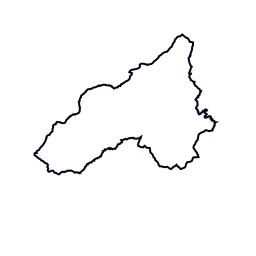 Mera, Vrancea, Romania, rotated 244°
{"feature_id": "2599482B23865808249816", "entity_name": "Mera", "entity_type": "district", "adm_level": 2, "iso_a3": "ROU", "parent_name": "Romania", "parent_adm1": "Vrancea", "projection": "orthographic", "projection_center": [26.934, 45.784], "detail": "fine", "context": "isolated", "style": "outline", "palette": "ink", "viewbox_px": 256, "rotation_deg": 244, "n_neighbors": 0, "source": "geoboundaries", "source_scale": "gbopen_adm2", "svg_char_len": 5920}
<svg xmlns="http://www.w3.org/2000/svg" viewBox="0 0 256 256"><g transform="rotate(244 128 128)"><path d="M187.7,214.3L188.1,213.6L188.2,212.5L187.3,210.4L187.0,209.3L186.7,208.8L185.3,207.8L184.7,206.2L181.8,202.7L181.7,201.4L179.4,196.6L179.9,195.8L180.0,192.9L179.8,191.4L179.2,189.7L179.0,187.4L178.1,186.5L176.8,182.8L176.5,180.7L175.5,178.5L175.4,176.7L176.1,174.2L176.1,173.1L177.0,172.7L177.3,171.9L178.8,170.4L179.9,168.2L180.1,167.5L179.6,166.1L178.0,165.9L177.5,164.9L177.4,164.4L177.1,164.0L177.4,161.6L178.7,156.5L178.4,155.0L177.7,153.7L176.4,154.6L175.7,155.6L175.3,155.5L174.1,154.4L173.8,152.8L171.3,150.7L170.7,148.4L170.8,145.8L170.2,143.9L170.5,143.2L170.1,142.3L170.4,141.3L169.9,140.8L169.7,140.0L169.3,139.9L169.1,139.5L169.6,139.0L169.8,138.5L169.7,137.5L169.0,136.7L169.5,135.5L169.6,132.7L171.1,132.2L172.3,131.8L172.4,131.4L173.1,131.4L173.7,130.9L174.0,130.2L174.5,129.9L174.7,129.2L175.1,128.9L175.3,128.3L176.1,127.3L176.2,126.8L177.4,125.7L177.7,124.7L178.0,122.4L178.3,122.0L178.0,121.6L178.4,121.1L178.4,120.6L179.0,120.3L178.7,118.8L178.9,118.3L178.9,117.0L179.5,114.1L179.4,113.1L179.2,112.5L179.2,111.9L179.9,111.0L180.0,109.9L180.4,108.5L180.2,108.0L179.7,107.3L179.6,106.5L179.1,106.1L179.1,105.5L178.8,105.2L178.7,104.5L178.2,103.9L178.3,102.5L177.8,101.4L177.7,100.3L176.9,99.5L176.3,99.3L176.0,98.4L175.3,97.8L174.4,96.7L173.4,96.3L173.4,95.8L172.9,95.1L171.2,94.8L169.3,93.9L168.3,94.1L167.7,93.7L166.8,93.5L165.4,92.4L164.5,92.2L163.3,90.6L163.1,88.6L163.3,87.5L163.2,86.7L163.4,85.9L163.9,85.9L164.3,84.6L164.0,84.1L164.2,83.0L163.7,81.5L164.0,81.0L163.2,80.0L163.4,79.1L162.7,78.0L162.5,76.8L162.0,75.9L160.5,74.0L160.3,73.3L160.6,72.1L161.7,70.3L163.0,69.6L163.7,68.0L164.6,66.9L164.1,66.1L164.0,65.4L163.1,64.9L163.1,63.7L163.5,62.8L162.7,61.3L161.1,61.0L160.4,59.9L158.1,58.6L157.4,56.1L156.2,54.4L156.5,53.4L156.5,51.9L155.5,50.7L154.8,50.5L154.6,49.8L153.7,49.4L151.6,46.8L149.6,43.3L149.1,41.5L148.6,40.2L147.4,38.8L147.2,37.9L147.4,37.1L147.0,35.7L146.7,35.3L145.5,35.1L146.2,33.7L146.2,32.9L144.8,32.1L139.5,34.6L138.6,35.4L136.5,36.0L135.9,37.0L132.9,38.1L132.2,38.6L131.8,39.4L130.9,39.8L129.6,39.8L128.5,38.4L126.8,38.7L124.9,37.2L123.6,37.5L123.2,37.9L123.2,40.4L122.3,42.1L121.2,42.0L119.8,42.6L119.6,43.1L117.6,44.8L116.9,45.1L116.6,45.8L117.5,49.0L117.3,50.2L116.3,51.2L116.1,52.2L116.4,52.6L116.1,53.3L116.1,55.2L115.1,56.5L115.3,57.2L114.4,58.5L112.7,59.8L111.0,60.7L111.1,61.6L110.3,63.2L109.7,63.5L109.5,64.1L108.8,64.4L108.9,64.9L108.4,65.1L108.3,65.4L109.1,66.3L109.9,68.7L109.8,69.6L110.2,70.1L110.3,70.6L110.8,71.4L111.5,71.9L112.1,72.8L111.9,73.2L112.1,73.7L113.5,75.4L112.9,76.2L113.5,76.8L113.5,77.6L113.7,78.3L113.0,80.0L113.6,80.7L113.8,82.3L113.5,83.3L114.3,83.4L114.5,86.2L114.2,86.7L114.5,87.8L114.2,88.0L114.2,89.8L114.9,90.7L114.4,91.4L114.8,91.9L116.3,93.1L117.0,94.3L117.2,94.9L118.3,95.2L118.1,95.9L118.2,96.6L117.9,97.3L118.7,97.7L118.4,97.9L118.2,99.4L118.4,101.3L118.2,102.5L117.2,102.0L116.9,102.3L116.8,102.5L117.2,103.2L117.1,104.0L115.7,104.6L115.7,106.1L114.8,107.4L115.3,107.9L115.4,109.0L116.0,109.4L116.8,111.0L117.7,111.5L117.2,113.5L117.3,113.9L117.8,114.5L117.9,115.6L117.7,116.2L118.6,116.7L120.1,116.7L119.3,118.3L119.4,118.7L119.2,119.1L119.6,119.9L119.5,120.6L119.1,121.3L118.4,121.6L118.2,122.0L118.2,122.6L118.5,123.7L118.1,124.6L118.1,125.7L117.3,126.9L117.1,128.3L115.9,128.8L115.9,129.2L115.5,129.5L114.6,130.9L114.5,131.5L113.8,133.8L114.2,134.3L114.1,134.7L114.3,135.8L113.2,134.9L113.1,134.2L112.7,133.7L111.4,132.5L110.1,130.9L108.9,129.9L107.6,129.3L107.1,130.1L106.1,130.4L105.3,131.1L103.9,133.3L104.3,133.7L104.7,135.2L102.4,135.9L101.6,136.8L100.5,138.8L96.8,137.6L95.8,137.5L93.3,138.6L90.9,138.1L88.8,138.9L87.5,138.4L84.2,139.6L82.2,139.7L81.1,139.3L79.4,139.9L79.2,140.8L78.9,141.3L77.1,143.0L76.3,145.0L76.1,145.8L75.8,146.4L72.8,148.0L72.4,148.5L72.3,149.4L72.6,150.4L73.2,151.7L73.0,153.1L73.7,155.5L71.6,155.7L70.7,156.7L68.4,157.1L67.9,157.6L67.7,160.6L67.7,162.0L68.2,162.8L70.5,164.8L71.2,166.2L71.3,166.5L70.6,168.0L70.4,169.6L70.5,171.0L70.9,171.6L72.5,173.1L72.9,174.1L72.3,175.1L71.9,176.6L70.9,178.6L73.0,179.0L74.6,178.8L75.3,179.1L81.0,178.1L81.8,178.3L83.0,179.2L84.4,181.6L86.1,183.4L86.3,183.9L86.4,185.0L90.2,187.9L91.2,188.8L91.4,189.4L91.7,191.8L91.7,193.0L91.4,194.3L91.9,196.1L91.7,196.5L91.8,197.4L91.3,197.7L89.7,199.5L89.2,201.0L89.1,201.6L89.2,202.0L88.8,202.8L89.0,203.2L89.9,203.6L90.9,205.2L92.0,205.9L92.0,206.8L92.7,207.3L94.5,207.8L94.4,208.3L94.7,208.5L94.7,209.4L95.3,208.5L96.1,208.7L97.1,208.3L97.7,206.8L98.0,206.5L98.6,206.8L98.7,207.5L99.0,207.7L99.4,207.7L100.0,206.4L100.4,206.2L101.5,207.3L102.4,207.3L103.1,206.1L102.8,205.2L103.1,203.9L103.0,202.7L103.5,201.8L104.1,201.6L105.0,202.2L105.3,203.6L105.8,204.9L106.1,204.9L107.7,203.7L108.2,203.6L108.7,203.9L109.0,204.4L109.2,206.7L109.4,206.9L110.8,205.7L110.1,204.0L110.6,203.0L109.8,202.3L109.8,201.7L109.5,201.2L109.7,200.5L108.8,199.3L109.3,197.7L110.6,197.9L111.1,198.3L111.9,197.8L112.5,198.5L113.6,198.1L114.6,198.5L115.8,197.7L117.2,198.9L117.5,200.0L118.4,200.8L121.6,201.9L122.7,201.6L123.1,201.2L124.1,201.2L125.0,203.3L124.8,204.3L125.1,204.3L125.4,204.8L125.6,204.5L125.9,204.6L125.9,205.2L126.3,205.6L126.1,206.3L126.4,206.9L128.2,208.1L128.4,208.4L128.3,208.9L129.3,210.0L130.0,209.3L130.8,209.2L131.7,209.3L133.5,208.2L135.3,207.9L136.9,206.8L137.9,207.1L138.9,206.9L140.3,208.0L140.7,207.1L142.7,206.1L143.5,205.4L144.7,205.7L146.9,205.4L148.6,206.5L148.7,207.4L149.1,208.4L149.3,208.4L149.3,207.8L149.7,207.0L150.4,206.9L151.1,207.4L151.7,208.4L154.1,210.6L155.2,212.2L156.6,211.5L157.4,211.8L159.1,211.7L164.2,213.0L164.8,213.9L165.0,215.1L165.7,215.1L166.1,216.2L166.7,216.2L170.4,219.9L172.8,221.3L173.8,222.7L176.5,223.9L178.4,221.2L179.9,221.5L181.1,221.1L182.2,221.2L184.3,219.4L188.1,217.9L188.3,217.4L187.7,216.2L187.7,214.3Z" fill="none" stroke="#020617" stroke-width="2"/></g></svg>